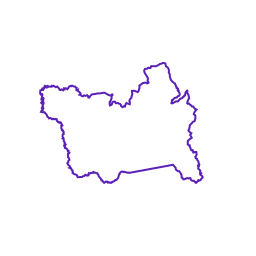 the district of Páez, Cauca, Colombia, rotated 137°
{"feature_id": "7082276B49685507148696", "entity_name": "Páez", "entity_type": "district", "adm_level": 2, "iso_a3": "COL", "parent_name": "Colombia", "parent_adm1": "Cauca", "projection": "albers", "projection_center": [-75.976, 2.736], "detail": "fine", "context": "isolated", "style": "outline", "palette": "violet", "viewbox_px": 256, "rotation_deg": 137, "n_neighbors": 0, "source": "geoboundaries", "source_scale": "gbopen_adm2", "svg_char_len": 5913}
<svg xmlns="http://www.w3.org/2000/svg" viewBox="0 0 256 256"><g transform="rotate(137 128 128)"><path d="M181.7,113.7L182.2,113.0L182.5,110.8L182.4,109.5L183.2,107.7L182.6,107.4L182.6,106.9L183.0,104.6L182.7,104.1L182.0,104.2L181.4,103.8L180.7,103.9L179.7,102.8L180.1,102.4L180.0,101.7L178.9,101.3L178.4,100.0L177.8,99.8L177.4,99.2L176.9,99.2L176.8,99.5L175.9,99.0L175.6,99.1L174.1,98.4L173.0,98.7L171.8,97.9L169.3,98.2L166.8,99.7L166.1,100.1L165.5,100.0L165.2,100.4L163.8,100.7L162.3,100.5L161.8,100.0L161.4,98.8L160.6,98.5L158.9,95.6L158.2,95.3L157.8,94.4L120.2,70.4L120.3,66.4L120.7,66.0L121.3,64.8L121.0,62.6L120.1,61.6L120.2,59.8L120.9,57.2L122.6,55.1L122.2,53.7L122.5,52.6L122.0,52.2L118.8,51.0L118.3,49.9L116.7,49.2L116.6,48.5L117.2,47.5L117.3,46.6L117.0,45.5L115.8,44.5L115.9,43.4L115.5,42.5L115.9,41.9L115.7,41.5L115.1,41.3L113.6,41.7L112.6,41.2L112.0,41.8L111.3,40.7L110.1,40.5L109.0,40.9L107.5,40.9L106.9,41.1L106.5,42.0L107.0,44.6L106.5,45.3L105.8,44.8L105.3,44.9L105.4,46.6L104.2,47.5L104.3,50.5L103.1,51.3L102.6,52.8L101.9,52.9L101.5,52.1L100.6,52.8L100.5,53.6L99.3,55.7L99.1,57.6L98.6,58.4L99.1,59.6L98.4,61.0L97.6,61.0L95.8,61.9L94.4,63.9L95.6,64.9L96.7,65.2L97.0,65.6L95.8,67.5L96.2,68.2L96.8,68.4L96.7,69.5L95.8,71.1L95.5,72.7L94.7,73.2L95.4,74.5L95.4,75.5L94.6,75.9L93.8,77.2L92.9,77.8L89.6,77.7L88.6,77.3L88.0,77.4L87.4,80.4L85.2,81.0L85.6,82.2L85.7,84.3L85.4,85.1L83.6,85.7L83.3,86.1L81.9,86.9L80.8,87.9L77.6,88.0L76.5,88.3L74.9,87.7L74.1,87.8L72.1,89.1L70.5,90.9L70.2,91.9L70.5,92.9L70.4,93.4L68.4,94.3L65.3,94.7L66.0,96.5L65.6,99.2L66.6,100.3L66.3,101.2L66.9,103.5L66.7,104.2L67.1,104.9L67.8,105.1L67.8,105.8L66.3,106.9L63.0,108.1L61.0,111.4L60.7,113.9L59.4,114.4L59.2,114.9L59.5,115.1L61.2,114.9L62.1,114.5L64.0,112.9L65.0,113.3L65.6,112.9L66.9,113.2L67.7,112.9L70.0,113.7L71.7,113.7L72.9,113.3L74.0,113.9L74.6,114.7L78.6,115.6L79.3,116.5L77.5,117.7L77.1,118.3L76.6,118.4L75.8,117.9L74.1,118.3L72.6,117.8L71.7,117.0L70.0,117.3L68.8,116.7L67.6,117.0L66.4,118.5L66.1,120.9L65.6,121.0L65.8,121.6L65.1,121.8L64.7,122.6L65.1,123.5L64.8,123.5L64.5,124.5L64.7,125.7L63.8,126.8L63.7,127.9L63.3,128.6L63.7,129.4L63.9,132.8L63.6,134.5L62.5,136.8L60.8,138.9L60.3,140.8L58.7,142.3L57.9,144.0L57.7,145.3L58.2,147.2L56.7,149.7L57.3,150.9L58.1,151.8L59.4,152.1L61.1,153.1L62.4,153.2L65.5,154.1L68.8,157.4L70.1,156.7L70.9,156.6L72.0,158.3L73.7,158.4L75.5,159.6L77.1,158.9L78.1,157.3L79.3,151.3L80.0,150.3L81.2,149.4L82.1,147.1L82.9,147.2L83.7,147.7L83.7,148.5L84.6,149.6L85.8,150.1L86.3,150.7L90.5,151.2L91.0,151.2L91.8,149.9L93.4,148.8L95.1,147.8L96.4,147.7L98.0,150.9L99.7,152.4L100.3,152.0L101.6,149.9L104.4,148.3L104.8,147.8L107.3,147.6L108.4,147.0L109.0,145.6L110.5,144.2L112.2,147.3L113.7,146.9L115.4,145.8L115.8,146.6L116.2,146.4L116.9,146.8L117.7,146.8L118.1,148.8L117.4,149.9L117.4,151.0L118.1,152.1L118.2,153.0L119.9,154.3L120.0,155.2L119.6,155.8L119.6,156.3L121.0,157.4L122.5,157.1L123.7,156.3L124.6,156.3L125.0,156.7L125.7,156.8L125.1,158.1L123.8,159.0L123.7,159.5L122.7,159.5L119.6,161.0L118.3,162.5L116.7,162.7L116.5,163.1L116.8,163.5L118.2,163.5L118.9,164.0L119.9,165.6L120.0,166.6L121.3,170.1L125.4,172.8L127.1,174.4L128.3,174.9L131.3,177.1L133.8,177.2L135.1,176.7L135.8,176.8L136.2,177.4L135.4,178.7L135.5,179.9L137.1,180.4L137.8,181.8L139.4,181.9L140.1,183.2L139.9,184.6L140.7,185.4L139.1,185.7L139.0,187.4L139.4,189.5L138.7,190.0L139.7,190.2L139.9,190.9L138.1,192.5L138.7,193.4L138.5,194.5L139.3,195.4L140.1,197.2L141.2,197.3L141.5,198.1L143.0,198.4L144.8,197.8L146.0,197.8L146.0,198.9L147.6,200.6L148.2,199.6L148.7,200.2L149.7,199.8L150.3,201.6L151.6,201.8L152.0,202.6L151.5,203.8L151.5,206.6L153.0,207.1L153.6,209.6L154.5,209.8L154.9,210.8L155.8,210.4L156.2,210.7L156.7,211.5L158.1,212.4L158.0,213.3L159.7,213.0L159.6,213.6L158.8,213.8L159.0,214.1L160.1,214.2L159.7,214.8L159.9,215.5L160.2,215.5L160.3,215.0L160.9,214.4L161.8,214.9L162.2,214.3L164.1,213.7L164.3,213.9L163.6,214.9L163.7,215.3L165.6,214.8L166.5,215.3L168.8,213.1L168.9,211.8L167.8,211.6L167.6,211.3L167.8,210.8L170.2,209.1L170.1,208.6L169.5,207.8L169.6,207.2L170.3,207.0L170.1,208.0L170.5,208.4L171.6,208.3L171.9,207.9L170.8,206.9L170.9,206.2L171.8,205.7L172.9,206.0L173.5,205.7L174.1,205.8L174.4,205.5L174.3,204.5L173.2,205.1L172.6,205.0L172.3,204.4L172.6,203.9L173.4,203.3L175.2,202.6L175.6,201.8L176.4,201.8L176.6,201.3L176.3,200.5L176.6,200.1L177.2,200.1L177.2,201.1L177.6,201.2L178.1,199.2L178.9,199.0L179.1,199.4L179.5,199.5L180.6,199.1L179.3,197.2L178.5,196.7L178.2,196.0L178.5,194.9L178.4,193.3L179.3,191.1L179.0,190.2L179.2,188.9L178.5,188.8L178.0,188.4L177.8,187.5L177.4,187.0L177.7,186.4L176.9,185.6L176.3,185.5L176.1,184.8L174.7,184.0L174.1,183.0L175.1,182.0L175.1,181.0L174.9,180.7L175.2,179.9L175.1,179.6L174.5,179.5L174.4,178.6L174.0,178.8L173.4,178.1L173.4,177.7L173.9,177.2L173.8,176.5L174.0,175.6L174.3,175.2L174.7,175.2L174.5,174.6L175.4,174.6L176.3,174.1L177.0,173.3L177.2,172.2L177.8,171.6L177.3,171.1L177.4,170.1L177.9,169.7L177.8,168.8L179.1,167.9L179.1,167.5L180.3,167.7L181.8,166.3L182.1,165.0L182.8,164.9L182.3,164.2L183.8,162.3L183.7,161.8L184.4,160.6L184.4,159.8L185.2,159.7L185.4,159.2L186.1,158.9L185.4,158.3L187.1,157.8L187.1,156.7L187.7,156.4L187.0,154.9L187.2,153.1L187.5,152.6L187.1,152.0L187.8,151.6L187.7,149.9L188.7,149.7L189.4,150.1L190.1,149.5L190.9,148.2L191.8,147.5L191.8,146.2L192.6,144.6L193.8,144.7L194.5,144.4L195.1,143.7L196.4,143.6L196.9,141.3L196.5,140.4L196.7,139.4L197.2,138.6L198.0,138.8L197.6,137.9L197.1,137.6L197.3,136.6L197.8,135.9L197.5,134.7L198.1,134.3L198.3,133.3L199.1,133.1L199.3,132.7L198.6,130.5L197.9,129.6L197.5,128.0L198.0,127.4L198.3,126.2L194.7,123.4L194.0,123.5L192.6,122.7L191.1,122.9L190.5,121.7L190.5,121.1L189.4,120.4L189.0,120.4L188.5,121.2L187.5,121.7L187.0,120.8L186.4,120.8L185.2,119.8L184.2,119.7L183.8,118.8L183.2,119.2L182.8,118.0L182.3,117.6L181.9,116.4L181.3,115.9L181.7,113.7Z" fill="none" stroke="#5b21b6" stroke-width="2"/></g></svg>